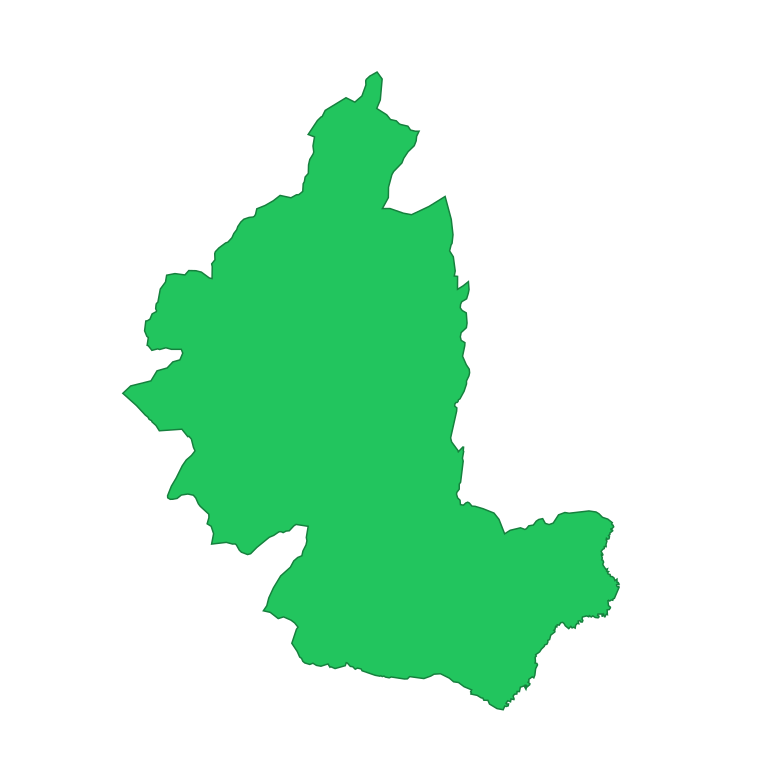 outline of Akwapem South, Eastern, Ghana, rotated 187°
{"feature_id": "2480657B26354408705676", "entity_name": "Akwapem South", "entity_type": "district", "adm_level": 2, "iso_a3": "GHA", "parent_name": "Ghana", "parent_adm1": "Eastern", "projection": "natural_earth1", "projection_center": [-0.261, 5.841], "detail": "fine", "context": "isolated", "style": "filled", "palette": "green", "viewbox_px": 768, "rotation_deg": 187, "n_neighbors": 0, "source": "geoboundaries", "source_scale": "gbopen_adm2", "svg_char_len": 6107}
<svg xmlns="http://www.w3.org/2000/svg" viewBox="0 0 768 768"><g transform="rotate(187 384 384)"><path d="M532.2,536.7L533.1,534.7L534.3,533.8L538.2,532.9L543.2,530.5L545.8,527.4L548.3,522.5L549.0,519.2L551.4,515.1L552.7,510.7L556.3,505.7L558.4,504.7L564.4,499.0L567.5,494.8L567.9,492.8L566.9,486.7L569.7,482.2L568.8,479.6L567.5,467.7L570.2,467.9L578.9,472.8L584.5,473.5L591.6,472.8L594.9,468.0L605.0,468.1L613.0,465.5L613.3,458.6L617.6,451.0L618.4,437.7L619.7,436.1L619.9,434.7L619.8,430.9L618.7,429.1L618.8,428.1L622.7,425.3L624.2,419.8L626.5,418.0L628.1,417.5L628.1,407.6L625.2,402.4L623.6,401.4L623.8,393.5L622.7,393.3L618.5,389.1L612.9,391.3L610.9,390.9L604.9,393.4L599.2,392.5L589.4,393.7L587.5,390.1L589.5,383.1L596.3,380.2L601.2,373.5L610.9,369.4L615.7,358.7L635.2,351.2L642.1,342.9L627.0,332.4L617.2,324.1L614.3,322.4L612.8,320.3L610.3,319.3L609.5,318.0L605.3,315.1L601.3,310.2L579.1,314.5L572.3,307.8L571.2,308.3L568.5,305.9L565.4,297.9L563.4,294.6L566.4,289.6L571.0,284.5L574.2,278.4L578.9,265.1L582.6,256.7L585.2,246.7L584.8,244.7L582.2,243.5L579.6,243.9L575.4,245.2L571.6,249.1L565.3,250.9L559.7,250.4L556.9,247.9L553.7,242.5L551.6,240.3L542.0,233.4L541.5,230.1L542.5,223.7L538.2,221.7L534.9,214.7L535.6,204.1L521.2,207.6L514.9,206.7L512.1,207.1L510.9,206.3L507.4,201.5L505.1,199.7L498.6,198.1L495.7,199.3L490.3,206.3L479.2,217.9L475.0,220.3L470.2,224.5L468.1,224.9L466.0,224.2L463.2,226.1L460.1,226.8L456.2,232.2L454.2,233.9L441.9,233.5L442.4,222.2L441.4,219.0L441.8,214.8L444.1,208.4L444.6,203.5L448.5,201.3L452.0,197.4L454.6,190.7L463.2,180.9L468.9,168.2L472.3,157.6L473.3,149.7L476.1,144.2L469.1,143.5L460.4,138.3L455.3,140.6L447.6,138.3L443.6,136.0L439.7,132.2L441.0,129.9L443.9,115.4L437.5,107.9L434.4,102.7L432.4,101.6L430.8,98.9L428.7,97.5L423.5,96.6L420.5,98.2L416.8,96.5L412.2,96.2L405.5,99.3L403.1,96.3L402.4,96.9L397.9,95.6L388.1,99.7L387.5,102.8L386.4,102.6L383.0,99.6L380.6,99.6L377.8,97.4L375.7,98.8L372.0,98.4L370.8,96.7L357.2,93.8L352.4,93.5L351.6,94.1L350.1,93.4L348.5,94.1L346.9,93.3L343.0,93.0L341.1,94.1L327.7,93.7L324.8,94.2L322.9,96.7L308.5,96.5L302.0,99.8L298.9,102.1L292.6,103.3L283.3,100.0L278.6,96.9L273.7,96.8L267.6,93.3L259.7,91.1L260.5,89.0L259.8,88.5L260.0,86.9L253.6,86.3L249.2,84.3L247.6,84.3L246.4,82.3L242.3,82.7L240.3,79.2L232.3,75.6L226.0,75.2L224.9,79.0L223.4,78.8L221.5,79.7L221.4,81.6L223.5,81.4L224.0,82.0L222.5,84.7L219.7,84.0L219.5,86.9L216.6,86.6L216.5,87.2L217.8,90.0L216.7,92.0L214.4,92.5L214.4,95.0L212.1,95.2L211.7,99.7L208.1,101.4L205.9,98.3L205.7,99.7L206.9,102.3L206.0,102.3L204.9,100.9L202.7,103.3L202.7,104.4L204.7,105.6L203.9,106.7L204.3,108.5L201.2,111.4L199.5,110.6L198.8,113.4L198.8,119.9L197.4,123.9L198.2,125.3L200.1,125.5L199.9,127.3L200.7,131.2L199.7,132.5L200.5,133.8L196.9,137.1L195.4,140.1L192.9,143.2L192.8,144.5L190.5,145.7L189.9,147.9L190.2,149.5L188.5,150.5L187.9,155.0L184.2,158.8L184.3,159.7L185.4,160.3L184.4,161.1L184.1,164.3L182.9,163.9L182.7,166.2L180.7,166.0L179.6,168.5L177.7,169.2L176.2,168.3L174.6,166.1L170.8,163.7L169.0,166.2L167.6,164.8L166.2,165.7L164.5,165.0L164.4,167.8L163.2,169.9L161.4,169.8L162.4,172.3L160.7,173.0L159.5,171.7L158.1,172.0L157.8,173.7L158.8,174.8L158.6,176.9L154.7,178.5L152.4,177.9L152.0,179.1L149.9,178.0L148.5,179.3L145.9,178.0L143.0,178.0L142.2,179.0L142.4,179.8L143.8,180.3L143.6,181.7L139.4,182.3L139.4,180.3L138.8,180.2L137.9,182.2L136.9,179.9L136.4,179.8L135.4,182.3L134.9,182.9L134.2,182.5L135.0,187.0L132.9,187.6L132.0,189.4L132.1,190.1L134.2,191.4L135.3,196.2L134.8,196.7L133.5,196.1L132.0,197.4L130.6,197.2L130.3,198.8L129.2,199.3L125.9,210.8L126.3,211.8L127.4,211.1L128.4,211.9L128.7,213.2L126.3,214.0L127.3,215.5L128.5,215.5L129.0,218.7L130.8,217.0L132.3,219.8L134.2,220.7L135.8,220.6L136.4,222.5L138.3,222.7L139.1,223.8L138.2,225.2L140.2,225.4L139.7,227.8L141.1,227.0L144.1,230.4L144.9,231.9L144.3,234.0L145.3,235.7L146.4,236.0L146.1,238.0L147.3,240.5L147.4,241.2L146.1,240.8L146.0,241.5L148.1,244.3L146.8,246.5L145.4,247.5L145.5,249.5L143.7,249.6L144.1,251.8L143.6,255.3L144.5,256.2L144.4,258.0L143.2,257.2L141.8,257.8L141.6,260.0L142.6,261.1L141.4,262.1L141.7,263.5L139.1,266.2L139.4,266.8L141.0,267.2L141.0,268.0L140.1,268.2L138.6,270.2L139.5,271.8L140.6,272.2L140.9,273.3L140.5,274.2L145.4,277.2L150.9,278.3L154.8,281.4L157.9,282.8L165.1,283.0L184.5,278.3L188.8,278.5L194.8,275.4L199.1,266.6L203.0,264.6L206.9,265.3L210.1,269.7L213.9,268.4L216.2,266.4L218.6,262.2L223.0,260.9L225.0,257.8L226.4,256.8L231.0,257.9L240.9,254.2L246.0,250.0L253.4,263.7L259.1,269.3L270.5,272.3L278.7,273.7L281.8,273.5L284.8,276.3L286.5,276.9L288.3,275.9L290.4,273.4L293.4,273.6L294.4,277.9L297.0,279.9L298.5,283.2L298.6,285.1L296.5,288.8L297.1,293.8L296.0,295.8L296.0,317.1L297.1,319.8L296.7,326.8L297.2,327.5L297.3,331.0L298.0,331.1L302.0,325.8L302.6,327.1L309.8,334.7L311.3,338.6L308.6,365.9L308.8,369.2L311.1,370.6L311.2,373.0L310.2,374.5L309.2,374.6L308.4,375.6L308.2,377.4L306.8,378.5L303.6,386.6L302.1,394.1L302.5,397.1L300.7,402.4L300.4,405.6L301.2,409.1L304.7,413.2L309.4,421.1L308.5,431.8L308.7,434.9L312.7,436.7L314.0,440.1L313.7,444.4L309.1,449.9L309.0,454.6L311.0,464.6L315.4,466.5L317.6,468.9L317.7,472.5L316.8,475.2L312.4,478.6L311.4,484.2L311.1,488.1L312.7,495.9L317.4,491.1L322.6,486.9L324.1,499.8L327.4,499.7L327.1,504.9L330.7,518.7L335.1,524.1L334.4,530.0L333.6,532.0L333.7,540.5L337.3,555.6L346.2,577.6L361.0,565.7L377.3,555.4L385.6,555.9L399.5,558.9L407.0,557.9L402.4,569.5L403.5,579.9L401.7,592.7L400.3,596.1L393.2,605.5L391.9,610.5L388.4,617.5L383.0,624.2L381.7,629.3L381.8,633.8L380.0,639.2L383.6,638.7L388.6,639.3L391.7,642.8L399.0,643.6L400.5,644.0L403.9,646.7L409.8,647.3L414.1,651.5L424.8,656.6L422.3,665.5L423.0,686.5L428.9,692.8L435.6,687.9L438.7,684.2L439.1,682.7L438.4,678.6L441.0,667.2L447.3,660.2L456.6,663.5L475.7,648.4L478.0,641.9L479.0,641.4L482.2,637.4L489.7,622.4L483.1,620.8L483.5,611.6L482.0,605.7L482.4,603.6L485.0,597.9L485.6,592.3L484.8,583.8L487.5,579.8L487.7,575.1L488.6,572.9L488.1,565.3L491.6,561.6L494.0,561.1L499.0,557.5L510.1,558.5L516.2,552.4L523.8,546.7L531.6,542.4L532.2,536.7Z" fill="#22c55e" stroke="#15803d" stroke-width="1.5"/></g></svg>